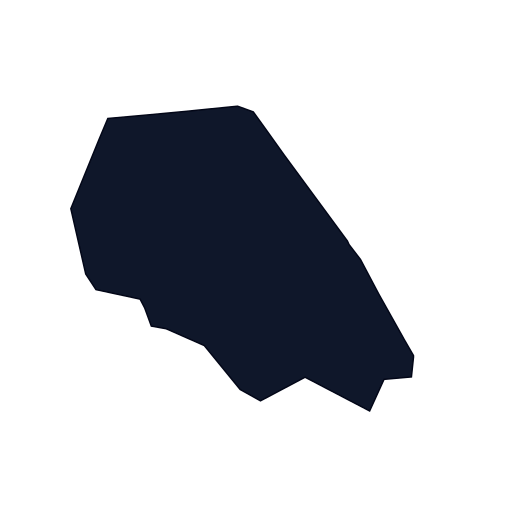 outline of Pariang, Unity, South Sudan, rotated 22°
{"feature_id": "79223893B45292827901182", "entity_name": "Pariang", "entity_type": "district", "adm_level": 2, "iso_a3": "SSD", "parent_name": "South Sudan", "parent_adm1": "Unity", "projection": "albers", "projection_center": [30.206, 9.837], "detail": "fine", "context": "isolated", "style": "filled", "palette": "ink", "viewbox_px": 512, "rotation_deg": 22, "n_neighbors": 0, "source": "geoboundaries", "source_scale": "gbopen_adm2", "svg_char_len": 551}
<svg xmlns="http://www.w3.org/2000/svg" viewBox="0 0 512 512"><g transform="rotate(22 256 256)"><path d="M314.4,388.6L346.9,350.0L419.4,357.1L420.9,322.4L445.4,309.9L439.9,290.7L439.3,289.3L424.3,277.6L422.1,275.8L384.2,245.4L354.2,220.1L337.9,210.5L335.2,207.9L244.4,151.9L220.4,136.6L199.5,123.4L182.8,124.0L158.0,137.0L137.7,147.7L101.9,166.2L67.1,184.0L66.8,207.1L66.6,281.5L104.9,336.5L120.2,347.1L164.7,339.4L172.3,345.9L185.2,360.2L199.9,357.1L241.6,358.4L291.3,385.7L314.4,388.6Z" fill="#0f172a" stroke="#020617" stroke-width="1.5"/></g></svg>